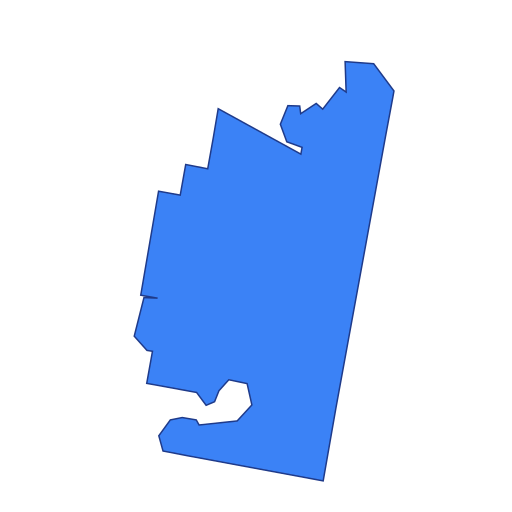 outline of Leflore, Mississippi, United States of America, rotated 190°
{"feature_id": "52423323B21456355443716", "entity_name": "Leflore", "entity_type": "district", "adm_level": 2, "iso_a3": "USA", "parent_name": "United States of America", "parent_adm1": "Mississippi", "projection": "albers", "projection_center": [-90.256, 33.523], "detail": "fine", "context": "isolated", "style": "filled", "palette": "blue", "viewbox_px": 512, "rotation_deg": 190, "n_neighbors": 0, "source": "geoboundaries", "source_scale": "gbopen_adm2", "svg_char_len": 726}
<svg xmlns="http://www.w3.org/2000/svg" viewBox="0 0 512 512"><g transform="rotate(190 256 256)"><path d="M341.5,111.6L290.8,111.3L279.2,100.3L271.5,105.3L269.1,116.9L261.3,129.4L242.6,128.8L234.2,108.6L245.9,90.3L282.7,79.7L286.4,84.2L300.6,84.1L311.9,79.7L320.5,62.1L313.7,47.8L288.7,47.4L150.8,46.2L150.9,121.0L149.2,397.2L148.8,436.0L148.8,442.5L173.5,465.8L202.0,462.9L195.7,433.1L203.0,436.4L215.8,412.2L223.2,416.7L236.7,403.9L239.0,411.3L250.7,409.6L254.9,390.0L245.5,373.8L229.5,371.0L229.5,364.1L318.8,394.5L318.6,364.7L318.7,333.5L341.1,333.9L341.2,302.8L363.2,302.9L362.7,197.4L345.6,197.4L359.1,195.6L362.0,155.9L347.0,144.1L341.4,144.2L341.5,111.6Z" fill="#3b82f6" stroke="#1e3a8a" stroke-width="1.5"/></g></svg>